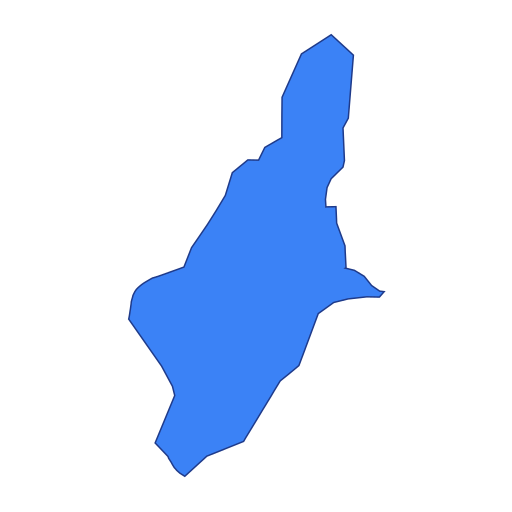 the district of Al Malajim, Al Bayda', Yemen, rotated 166°
{"feature_id": "15242507B64836061652766", "entity_name": "Al Malajim", "entity_type": "district", "adm_level": 2, "iso_a3": "YEM", "parent_name": "Yemen", "parent_adm1": "Al Bayda'", "projection": "albers", "projection_center": [45.401, 14.328], "detail": "fine", "context": "isolated", "style": "filled", "palette": "blue", "viewbox_px": 512, "rotation_deg": 166, "n_neighbors": 0, "source": "geoboundaries", "source_scale": "gbopen_adm2", "svg_char_len": 1919}
<svg xmlns="http://www.w3.org/2000/svg" viewBox="0 0 512 512"><g transform="rotate(166 256 256)"><path d="M394.8,225.6L383.1,195.1L375.2,174.5L374.3,172.2L368.6,149.8L368.6,146.6L368.6,140.4L368.8,140.0L399.1,99.0L389.9,82.8L389.7,80.8L388.1,76.1L387.8,74.8L387.5,73.7L386.5,70.5L385.5,68.7L384.8,67.2L382.4,63.7L378.4,59.5L352.1,73.7L312.9,79.1L312.3,79.7L309.9,82.2L295.2,96.7L287.1,104.8L283.2,108.6L282.4,109.4L282.2,109.6L280.8,111.0L279.9,111.9L275.6,116.1L271.2,120.6L262.9,128.8L262.0,129.3L251.9,134.0L249.8,135.0L240.9,139.3L230.7,154.1L230.6,154.3L224.5,163.2L215.4,176.5L209.5,185.1L209.4,185.1L201.1,188.4L192.6,191.8L192.3,191.9L191.8,192.1L191.4,192.1L177.1,192.1L171.2,191.3L166.7,190.7L158.4,189.6L146.2,186.3L140.3,190.4L144.5,192.0L151.0,199.4L155.9,210.1L164.0,218.3L172.2,222.6L171.5,222.8L169.0,235.5L168.5,238.2L167.2,244.3L168.5,256.3L169.8,268.4L168.8,273.1L166.5,284.5L176.1,286.7L176.3,286.7L176.1,287.7L174.9,294.2L170.5,305.2L164.4,312.8L150.1,321.2L150.0,321.3L149.9,321.6L147.1,327.2L140.6,359.2L133.1,367.4L113.2,426.4L112.9,427.3L129.5,452.5L163.0,441.1L192.3,403.7L196.9,386.0L202.3,364.6L205.1,363.8L206.7,363.4L208.4,362.9L216.4,360.6L221.2,359.2L230.3,348.4L240.7,351.2L249.1,347.2L258.8,342.6L271.1,322.2L274.9,318.4L276.7,316.6L283.4,309.9L295.4,298.4L309.0,286.3L316.5,279.7L328.6,262.7L329.1,262.6L329.7,262.6L333.2,262.2L356.4,259.9L356.5,259.9L357.0,259.9L357.3,259.9L357.5,259.9L357.9,259.8L358.1,259.8L358.3,259.8L358.5,259.8L358.8,259.8L359.0,259.8L359.3,259.8L359.4,259.7L359.5,259.7L359.9,259.7L360.0,259.7L360.3,259.7L360.5,259.7L361.7,259.7L363.6,259.2L366.7,258.3L369.4,257.5L371.6,256.8L374.1,255.8L376.0,254.9L378.1,253.8L380.2,252.5L382.0,250.9L383.5,249.2L384.9,247.5L385.9,245.6L387.0,243.7L388.1,241.7L388.8,239.6L389.7,237.4L390.7,234.9L391.6,232.8L392.5,230.6L393.4,228.5L394.4,226.3L394.8,225.6Z" fill="#3b82f6" stroke="#1e3a8a" stroke-width="1.5"/></g></svg>